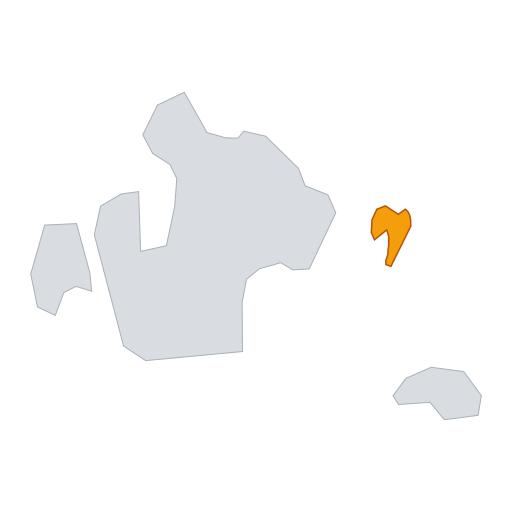 Vårdö highlighted on a map of Aland
{"feature_id": "ALD-4820", "entity_name": "Vårdö", "entity_type": "state/province", "adm_level": 1, "iso_a3": "ALA", "parent_name": "Aland", "parent_adm1": "", "projection": "orthographic", "projection_center": [20.395, 60.233], "detail": "fine", "context": "in_parent", "style": "filled", "palette": "amber", "viewbox_px": 512, "rotation_deg": 0, "n_neighbors": 0, "source": "natural_earth", "source_scale": "10m", "svg_char_len": 1048}
<svg xmlns="http://www.w3.org/2000/svg" viewBox="0 0 512 512"><path d="M225.5,137.8L238.0,138.2L243.7,131.2L265.6,136.2L298.5,168.4L305.1,185.8L327.9,194.8L335.8,212.8L309.2,268.9L292.9,269.9L280.7,262.7L259.2,268.8L246.5,279.3L242.1,302.6L242.5,351.5L145.7,360.6L123.6,346.1L94.3,234.7L100.6,206.1L121.2,194.0L138.6,191.6L140.6,251.4L166.4,245.7L174.7,206.3L176.8,178.6L170.0,164.5L152.7,153.5L142.8,134.8L157.5,105.0L184.3,92.3L207.0,132.5L225.5,137.8ZM89.8,272.6L91.7,291.2L76.0,286.4L63.8,292.6L55.3,315.4L37.5,307.0L30.7,274.1L44.7,225.1L76.5,223.6L89.8,272.6ZM481.3,395.6L478.1,415.3L444.3,419.7L430.0,402.3L398.5,404.5L393.0,395.7L406.0,378.3L431.1,367.3L463.8,371.6L481.3,395.6Z" fill="#d9dde1" stroke="#a8b0b8" stroke-width="1"/><path d="M405.3,209.2L408.1,211.9L409.8,215.4L410.6,220.0L410.8,226.2L390.9,266.4L385.9,264.6L385.9,260.3L387.8,254.7L388.1,249.4L388.7,245.5L388.7,236.3L386.7,229.9L374.5,239.8L371.3,232.4L372.0,219.8L376.9,209.2L385.4,205.9L398.3,214.3L405.3,209.2Z" fill="#f59e0b" stroke="#b45309" stroke-width="1.5"/></svg>